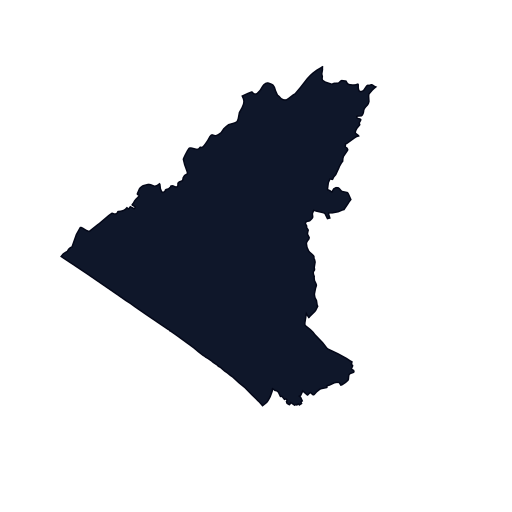 Thang Binh, Quàng Nam, Vietnam, rotated 156°
{"feature_id": "81297802B72056692107631", "entity_name": "Thang Binh", "entity_type": "district", "adm_level": 2, "iso_a3": "VNM", "parent_name": "Vietnam", "parent_adm1": "Quàng Nam", "projection": "mercator", "projection_center": [108.347, 15.708], "detail": "fine", "context": "isolated", "style": "filled", "palette": "ink", "viewbox_px": 512, "rotation_deg": 156, "n_neighbors": 0, "source": "geoboundaries", "source_scale": "gbopen_adm2", "svg_char_len": 6090}
<svg xmlns="http://www.w3.org/2000/svg" viewBox="0 0 512 512"><g transform="rotate(156 256 256)"><path d="M211.4,120.3L212.6,121.8L215.0,125.6L220.8,133.2L228.1,141.7L228.8,143.0L230.4,149.6L234.3,160.4L234.9,163.0L236.3,166.6L238.9,171.6L239.3,172.5L239.3,173.4L238.6,175.0L233.4,183.0L232.8,178.3L232.6,178.3L231.6,178.9L224.9,181.4L223.6,182.1L220.1,185.0L220.1,186.4L218.9,190.7L219.1,194.0L218.4,196.8L218.0,197.7L214.7,202.4L212.9,204.4L212.6,205.2L212.5,206.4L212.6,209.8L211.8,212.4L211.1,213.7L211.0,215.6L210.6,217.2L210.0,218.3L208.4,219.3L207.9,220.1L207.5,221.8L204.5,226.4L204.0,228.7L204.1,230.1L203.3,232.0L203.4,232.9L204.1,234.7L205.5,237.7L205.9,239.2L205.9,243.2L204.9,246.9L204.4,247.7L202.9,248.9L201.0,249.9L200.1,250.9L199.9,251.4L200.1,254.5L200.0,255.2L199.4,256.3L197.8,258.4L197.8,259.0L198.2,261.2L197.5,263.0L197.7,264.9L197.6,265.7L197.4,266.1L196.6,266.7L195.2,266.9L193.3,266.4L192.5,266.4L190.3,267.2L189.1,267.8L188.5,268.3L188.1,269.1L187.5,271.2L187.1,272.0L184.7,274.3L182.5,272.4L177.3,268.5L176.2,267.5L175.7,266.7L175.5,261.1L173.1,260.7L172.7,264.4L172.2,265.6L171.8,265.7L168.8,264.4L162.9,263.0L158.0,262.9L156.8,262.6L151.5,265.9L148.8,267.7L146.4,269.0L146.4,274.3L146.5,276.0L146.8,276.8L151.2,280.0L151.6,280.7L152.6,283.9L153.3,285.0L155.2,285.9L157.7,285.7L160.6,283.6L160.8,283.7L161.9,285.6L163.6,287.5L163.5,288.0L160.1,293.6L157.1,296.3L156.6,296.1L155.1,294.9L154.9,294.9L152.9,296.6L150.1,297.9L144.6,302.7L143.2,304.1L139.9,306.5L138.3,307.3L137.1,309.6L135.7,311.4L129.4,315.3L128.9,316.0L129.0,317.5L129.9,319.0L130.1,319.6L128.9,321.4L128.7,322.1L127.4,321.9L117.9,323.9L116.3,324.1L115.5,324.2L113.4,323.9L113.4,324.3L114.8,326.9L115.2,328.0L114.9,328.9L113.5,330.4L111.8,331.7L108.0,333.6L107.8,333.8L107.7,335.2L107.5,335.7L105.5,337.2L105.0,337.7L104.8,338.1L105.2,338.8L106.9,340.1L107.4,340.7L107.6,341.3L107.2,342.5L106.6,342.6L102.7,341.2L101.5,341.6L100.2,342.7L99.2,343.9L98.3,345.4L97.1,346.6L95.1,347.7L92.7,348.7L91.4,349.6L90.0,351.2L88.2,355.9L87.4,357.5L86.7,358.2L82.3,360.3L79.7,361.2L77.8,361.7L78.7,362.6L79.8,364.4L80.5,365.3L81.2,365.6L82.8,365.7L84.7,366.5L85.4,366.4L86.4,365.9L90.1,363.6L91.1,363.3L92.3,363.3L93.8,363.7L94.6,364.9L94.7,365.6L94.3,367.8L93.0,370.8L92.9,371.3L93.1,371.6L95.7,371.9L98.2,372.9L100.9,374.5L101.7,375.2L102.4,376.6L102.7,379.2L106.3,381.4L107.3,381.4L109.8,380.5L110.3,380.4L111.1,380.6L114.1,381.9L115.6,382.1L116.6,381.8L122.0,386.7L122.6,387.6L123.6,389.2L123.8,389.8L123.4,391.4L122.4,393.0L122.0,395.2L121.7,395.9L119.5,399.2L118.7,401.2L117.9,402.1L119.3,401.6L124.8,401.0L129.6,399.9L132.7,398.9L136.8,397.2L146.9,391.8L153.7,388.5L154.3,388.2L156.5,388.0L162.2,386.6L164.8,386.2L166.4,386.9L167.4,387.5L169.1,389.5L170.1,392.5L171.0,394.2L171.0,399.1L170.6,402.6L170.9,404.6L171.1,405.4L172.1,406.7L174.2,408.8L175.1,409.4L176.9,409.7L179.2,409.2L180.9,408.3L184.8,405.6L189.0,403.9L190.4,404.0L191.4,404.5L192.2,405.4L193.0,407.5L193.3,407.6L197.0,407.8L203.5,407.7L203.5,404.9L203.9,402.8L204.3,401.8L205.6,399.8L208.3,397.2L212.8,393.8L216.3,388.7L217.7,387.2L218.8,386.4L220.7,386.2L222.9,386.4L227.6,387.1L230.4,386.4L233.7,385.3L237.7,382.8L240.9,382.2L242.3,382.1L243.7,382.2L244.5,382.5L246.8,384.5L247.7,384.6L249.5,383.8L253.1,381.1L256.5,379.0L258.5,377.9L260.6,377.1L261.4,377.2L262.6,378.0L262.9,378.0L264.7,377.1L266.4,377.3L267.2,377.8L271.0,380.8L272.3,381.5L273.1,381.6L273.8,381.3L275.8,380.0L279.5,377.1L282.4,374.6L283.0,373.9L284.0,368.5L284.5,361.7L284.8,359.7L285.1,359.2L285.9,358.9L288.5,358.6L290.7,357.1L291.9,355.3L292.8,354.8L293.3,354.7L295.9,354.9L297.4,354.4L297.8,354.0L298.7,352.0L299.3,351.6L300.4,351.2L301.8,352.1L303.5,354.0L305.1,354.5L305.5,354.4L306.0,353.6L306.9,353.5L308.4,352.9L311.1,353.3L311.9,353.1L312.9,352.1L313.8,351.9L315.3,351.9L315.9,352.9L316.1,353.7L316.0,356.4L314.7,360.5L314.8,361.2L317.5,360.6L319.8,360.8L320.5,361.1L323.2,363.9L324.8,365.0L325.7,365.3L328.0,365.7L330.5,366.1L331.5,366.0L333.9,365.4L335.2,364.7L339.0,361.2L339.2,360.8L339.1,360.3L338.1,359.1L338.1,358.6L338.6,358.2L342.7,356.6L344.6,355.6L346.4,354.2L348.2,353.3L348.3,352.8L346.4,350.2L346.6,349.5L347.6,348.9L348.1,348.8L350.8,352.1L353.1,350.7L353.3,350.7L354.3,352.6L356.2,351.8L357.9,351.5L359.7,351.6L361.8,352.0L363.8,352.7L364.1,352.7L365.2,351.7L366.3,351.5L367.3,351.5L368.1,351.8L370.1,353.6L370.4,353.6L374.2,352.8L386.1,349.3L387.7,349.0L398.1,346.3L398.9,346.6L400.8,348.6L403.1,352.0L404.3,353.3L405.0,353.4L411.3,348.7L420.4,339.1L422.2,339.1L424.4,338.4L426.5,336.9L428.2,336.8L431.2,336.3L434.2,334.8L417.9,309.1L398.6,277.6L392.9,268.1L390.0,263.8L387.1,258.7L380.1,247.2L366.1,224.7L365.2,223.6L365.1,222.6L364.6,222.2L361.5,217.1L350.2,197.5L347.6,192.1L344.6,186.5L343.7,185.4L343.2,184.2L341.5,181.9L339.2,178.1L338.4,176.3L335.6,171.9L335.5,171.3L335.2,170.5L333.7,168.6L331.4,163.6L329.7,160.9L328.0,157.4L326.5,155.0L323.1,147.1L319.6,140.2L316.2,131.0L313.8,125.1L313.2,123.3L312.3,121.3L310.9,116.6L306.6,117.7L305.0,118.3L302.9,119.7L300.3,121.7L296.4,125.7L295.9,126.4L295.2,127.9L294.8,128.1L293.3,125.4L292.1,124.7L291.1,123.1L290.9,122.1L290.8,117.8L290.6,117.6L289.5,117.3L289.2,117.0L288.5,114.0L288.3,113.4L286.9,113.3L286.6,113.0L286.2,111.6L286.5,111.1L287.3,110.8L287.6,109.2L287.4,108.5L286.9,107.8L286.0,106.6L285.4,106.8L283.8,107.9L281.4,104.0L279.8,104.1L279.3,103.3L277.8,103.6L277.3,103.6L277.0,102.3L274.4,102.7L274.3,104.5L272.7,104.8L272.7,108.6L273.4,110.3L272.7,110.3L271.9,110.5L268.2,113.7L265.7,108.3L265.4,108.0L262.2,109.3L261.9,109.2L260.3,106.0L259.9,105.8L259.3,105.8L255.9,107.3L252.4,108.2L251.1,108.4L249.5,108.1L244.9,107.1L244.6,107.2L243.9,108.6L243.6,108.7L242.4,108.3L241.0,108.2L235.9,108.3L233.8,107.8L231.9,106.9L231.4,106.4L231.0,103.5L229.7,103.4L225.6,104.1L222.5,105.1L221.7,105.9L220.3,108.4L219.8,109.2L219.1,109.9L218.2,110.2L217.4,110.3L215.0,110.1L214.2,110.1L213.9,110.2L213.5,110.7L213.4,111.8L214.7,113.5L214.7,114.1L214.0,114.9L212.7,116.0L212.3,116.6L212.3,116.9L213.0,118.0L211.4,120.3Z" fill="#0f172a" stroke="#020617" stroke-width="1.5"/></g></svg>